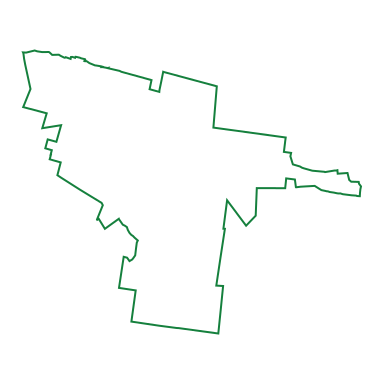 the district of Segarcea, Dolj, Romania
{"feature_id": "2599482B73363688740019", "entity_name": "Segarcea", "entity_type": "district", "adm_level": 2, "iso_a3": "ROU", "parent_name": "Romania", "parent_adm1": "Dolj", "projection": "albers", "projection_center": [23.75, 44.087], "detail": "fine", "context": "isolated", "style": "outline", "palette": "green", "viewbox_px": 384, "rotation_deg": 0, "n_neighbors": 0, "source": "geoboundaries", "source_scale": "gbopen_adm2", "svg_char_len": 2000}
<svg xmlns="http://www.w3.org/2000/svg" viewBox="0 0 384 384"><path d="M218.3,333.5L220.7,310.1L223.1,286.0L216.3,285.6L220.6,256.8L224.9,228.8L223.4,228.7L227.1,200.3L246.1,225.7L255.7,215.7L256.8,188.1L285.2,188.2L286.2,178.4L294.9,179.5L295.9,187.2L296.0,187.3L300.7,186.7L307.5,186.3L314.7,185.9L318.8,188.5L321.4,190.1L325.2,190.9L326.8,191.3L327.7,191.3L329.7,192.0L333.9,192.6L337.1,193.3L338.8,193.5L340.3,193.4L342.8,194.2L347.6,194.8L351.7,195.3L356.2,195.6L357.0,196.0L359.8,196.2L360.0,192.7L360.4,189.2L361.0,186.4L359.0,183.7L358.7,181.9L351.2,181.7L349.2,179.9L347.5,173.0L337.7,173.7L337.4,170.2L336.3,170.5L335.6,170.5L334.7,170.5L325.0,172.1L324.4,171.8L312.3,170.7L304.1,168.4L302.0,167.7L300.0,166.5L292.9,164.4L292.8,164.2L290.4,156.3L291.1,152.9L283.9,151.9L285.1,142.1L285.1,141.9L285.7,137.5L281.3,136.9L213.4,127.6L216.8,86.3L163.4,71.9L163.2,71.8L161.2,81.8L159.5,89.9L159.3,91.9L149.6,89.2L151.5,80.1L121.4,71.8L119.6,70.9L107.9,68.2L108.1,67.9L107.6,68.0L102.5,67.1L102.0,67.1L102.4,66.7L101.0,66.3L96.1,65.5L95.0,65.4L89.4,63.1L88.1,62.2L87.3,61.6L85.9,60.9L85.1,61.3L84.4,61.0L84.9,60.4L85.2,59.5L85.0,59.2L81.1,58.3L79.8,57.7L76.3,56.9L75.5,56.8L75.1,57.8L72.3,56.9L71.0,57.0L70.6,58.9L65.7,57.2L65.3,57.6L64.4,57.7L60.7,55.9L58.8,54.7L52.2,54.9L49.5,52.4L48.8,52.0L42.3,52.1L37.1,51.3L34.7,50.5L26.1,52.6L23.0,52.4L23.4,53.3L24.1,58.8L25.2,64.6L30.5,89.0L23.2,107.1L46.7,113.3L42.3,128.2L61.1,125.2L56.4,141.8L47.7,139.4L45.3,148.3L51.8,150.2L50.6,154.8L50.9,154.8L49.7,159.3L60.7,162.4L57.4,175.2L61.3,177.8L80.0,189.7L101.6,202.9L102.8,205.2L97.0,219.5L97.2,219.8L98.8,218.9L104.9,228.8L118.8,218.8L118.9,219.1L122.8,224.7L124.7,225.6L126.9,227.1L127.8,229.9L129.5,232.9L131.3,234.9L133.0,236.0L134.5,237.6L137.8,240.5L136.8,242.6L136.0,248.6L135.2,255.4L133.1,258.4L132.2,259.5L129.5,261.1L127.1,257.7L123.7,256.8L120.6,277.3L119.0,287.9L135.7,290.4L131.4,321.6L159.1,325.7L176.7,328.0L178.7,328.1L218.3,333.5Z" fill="none" stroke="#15803d" stroke-width="2"/></svg>